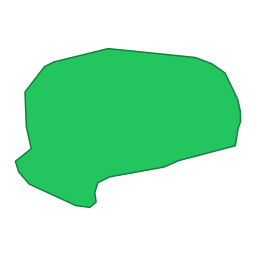 Horjul, Mercator projection
{"feature_id": "SVN-250", "entity_name": "Horjul", "entity_type": "Municipality", "adm_level": 1, "iso_a3": "SVN", "parent_name": "Slovenia", "parent_adm1": "", "projection": "mercator", "projection_center": [14.289, 46.02], "detail": "fine", "context": "isolated", "style": "filled", "palette": "green", "viewbox_px": 256, "rotation_deg": 0, "n_neighbors": 0, "source": "natural_earth", "source_scale": "10m", "svg_char_len": 422}
<svg xmlns="http://www.w3.org/2000/svg" viewBox="0 0 256 256"><path d="M89.8,207.4L75.9,205.6L29.3,184.2L18.7,171.9L15.4,161.3L31.2,148.6L26.3,126.5L25.0,92.0L44.5,66.6L54.1,61.9L108.1,48.6L195.2,57.5L211.7,63.7L225.0,73.0L237.7,99.3L240.3,111.3L240.6,121.4L238.0,129.0L235.3,145.7L179.0,160.5L164.1,167.0L109.5,176.9L97.8,182.7L94.8,192.7L96.1,202.1L89.8,207.4Z" fill="#22c55e" stroke="#15803d" stroke-width="1.5"/></svg>